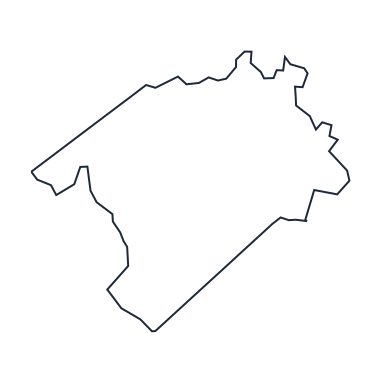 Darlington, South Carolina, United States of America (Albers equal-area conic projection), rotated 355°
{"feature_id": "52423323B78464360666079", "entity_name": "Darlington", "entity_type": "district", "adm_level": 2, "iso_a3": "USA", "parent_name": "United States of America", "parent_adm1": "South Carolina", "projection": "albers", "projection_center": [-79.93, 34.31], "detail": "fine", "context": "isolated", "style": "outline", "palette": "slate", "viewbox_px": 384, "rotation_deg": 355, "n_neighbors": 0, "source": "geoboundaries", "source_scale": "gbopen_adm2", "svg_char_len": 1005}
<svg xmlns="http://www.w3.org/2000/svg" viewBox="0 0 384 384"><g transform="rotate(355 192 192)"><path d="M34.3,157.4L34.2,158.7L38.9,166.2L52.1,172.9L56.5,183.2L75.4,174.0L82.9,157.3L90.0,157.6L91.0,181.8L96.1,193.9L110.8,207.1L110.6,214.4L111.2,215.7L116.9,225.9L119.6,235.1L122.6,241.0L122.0,260.1L99.1,281.8L111.5,301.7L129.5,314.4L140.0,327.3L143.4,327.3L191.4,290.5L197.8,285.6L221.6,267.4L233.5,258.2L259.9,238.0L269.1,230.9L278.1,225.1L286.0,228.5L293.0,228.7L304.0,231.0L302.4,229.7L313.9,200.7L336.4,207.0L349.8,194.5L348.4,184.2L332.1,163.3L341.7,152.6L333.8,148.2L336.8,137.6L327.8,133.9L320.9,140.6L316.0,126.7L303.2,114.9L303.6,106.6L303.8,96.0L311.3,97.2L317.5,83.9L314.5,78.5L301.1,73.3L296.4,65.6L293.4,78.9L287.0,78.0L283.2,85.6L273.7,85.1L271.0,78.4L261.7,68.6L263.5,57.4L256.6,56.7L247.5,64.0L246.7,71.4L236.0,82.1L227.5,83.2L218.6,79.3L208.3,84.0L195.9,84.2L188.1,75.8L164.7,85.0L155.6,81.4L140.4,91.0L101.5,115.3L34.3,157.4Z" fill="none" stroke="#1e293b" stroke-width="2"/></g></svg>